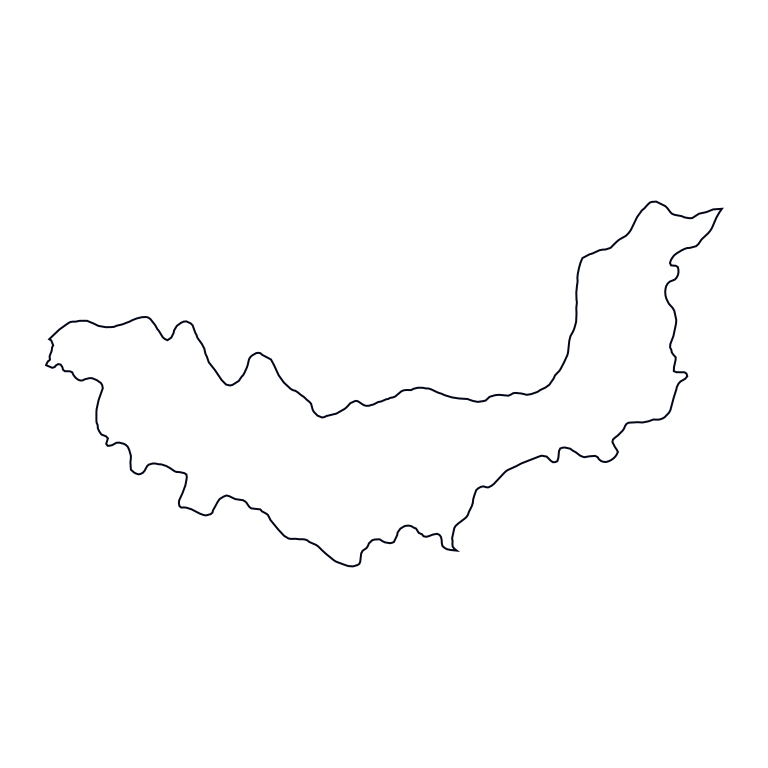 VII-1 Cuyuni, Cuyuni-Mazaruni, Guyana (Natural Earth projection), rotated 180°
{"feature_id": "73187651B99697298922199", "entity_name": "VII-1 Cuyuni", "entity_type": "district", "adm_level": 2, "iso_a3": "GUY", "parent_name": "Guyana", "parent_adm1": "Cuyuni-Mazaruni", "projection": "natural_earth1", "projection_center": [-59.979, 6.583], "detail": "fine", "context": "isolated", "style": "outline", "palette": "ink", "viewbox_px": 768, "rotation_deg": 180, "n_neighbors": 0, "source": "geoboundaries", "source_scale": "gbopen_adm2", "svg_char_len": 6101}
<svg xmlns="http://www.w3.org/2000/svg" viewBox="0 0 768 768"><g transform="rotate(180 384 384)"><path d="M668.8,336.7L666.6,333.5L662.0,331.7L660.1,329.7L661.8,324.1L660.4,322.2L658.3,322.3L656.0,322.8L651.6,325.2L649.0,325.4L644.1,324.2L641.8,322.8L640.1,321.0L638.7,317.8L637.1,312.2L637.2,308.8L637.6,305.8L637.1,298.3L633.8,295.4L631.8,294.4L629.6,293.7L627.6,294.0L625.2,295.2L623.5,297.1L621.0,301.7L619.4,303.3L615.4,304.5L612.6,304.5L609.8,303.8L606.6,303.6L601.7,302.0L597.8,299.8L593.3,296.7L591.2,296.0L588.5,295.9L583.7,294.9L581.6,293.5L581.2,291.0L581.5,288.5L582.6,282.7L585.4,275.1L588.9,267.4L589.1,264.6L588.5,261.8L586.6,260.4L584.1,260.6L581.5,260.3L576.5,258.7L568.2,254.4L564.1,252.9L562.0,252.6L557.5,253.8L555.6,255.3L555.0,257.6L550.1,266.5L548.3,269.0L544.4,271.4L541.6,272.5L539.0,271.9L532.7,268.9L525.1,267.8L523.2,266.8L521.6,265.4L518.8,261.2L516.7,259.6L507.7,258.6L506.1,256.7L502.0,254.5L500.1,253.1L497.4,247.8L489.5,238.2L483.9,232.2L479.5,229.5L477.1,229.1L472.4,229.2L468.1,228.7L466.1,228.8L463.5,228.6L461.1,227.9L458.6,226.0L452.0,223.1L449.7,221.5L445.8,217.6L441.6,213.8L434.1,207.7L431.6,206.2L421.8,202.6L419.3,201.9L415.1,201.6L410.6,202.9L408.7,204.1L407.8,206.2L406.8,214.6L405.3,217.3L401.5,219.9L400.0,222.2L399.1,224.6L395.7,227.8L393.2,228.5L388.3,228.7L385.8,227.0L383.2,225.7L378.0,224.8L376.0,225.2L374.1,226.0L370.8,232.9L370.4,235.5L367.6,239.4L363.2,242.0L361.1,242.3L358.6,242.3L356.6,241.8L354.2,240.3L352.0,239.5L349.2,235.1L346.0,233.7L344.5,231.8L342.0,231.2L339.6,231.7L335.2,233.4L330.9,234.2L328.4,233.0L327.0,231.0L326.3,227.8L326.2,224.8L325.5,221.9L323.5,220.2L321.1,218.8L317.1,218.0L311.3,217.4L313.6,219.2L315.3,221.3L315.6,224.1L315.4,226.9L315.9,229.7L313.7,239.9L312.4,242.1L309.9,244.4L303.4,249.3L301.5,251.0L300.0,253.3L299.2,255.9L296.2,261.9L295.2,265.1L294.8,268.6L293.8,272.2L291.8,277.8L289.9,279.6L287.0,281.2L284.3,281.6L282.1,280.8L279.8,280.6L276.6,282.1L274.1,284.1L263.8,295.1L261.9,296.9L259.8,298.2L251.8,301.8L246.6,304.6L228.4,311.7L226.2,312.3L221.3,311.4L217.2,307.2L215.1,305.8L212.8,305.9L210.7,306.8L209.6,310.2L209.0,316.9L207.8,319.5L205.5,320.3L203.2,320.5L197.8,319.3L195.1,317.3L192.2,315.7L187.9,312.4L185.7,311.4L183.6,310.8L178.5,311.7L172.9,312.1L170.4,310.9L169.1,308.8L166.8,306.9L164.6,306.2L162.0,306.0L159.5,306.7L156.9,307.9L154.4,309.7L152.7,311.4L151.3,313.4L150.1,316.1L151.3,318.4L153.1,321.0L155.6,326.0L155.0,328.5L152.5,330.8L150.4,332.3L145.4,337.3L143.9,339.5L143.0,341.9L141.5,344.1L139.4,345.3L130.3,345.8L125.5,345.5L119.5,346.7L114.5,348.5L109.9,348.3L107.4,348.8L105.3,349.6L103.3,350.8L98.9,355.4L97.6,357.9L94.2,370.6L91.7,378.5L91.1,381.1L89.4,384.5L87.5,386.5L82.8,389.2L80.7,391.8L81.6,394.5L83.5,395.7L91.7,395.8L94.2,396.9L94.0,400.8L92.4,408.1L92.3,410.7L94.3,412.9L96.2,415.5L96.7,418.2L97.9,420.5L97.7,423.8L94.6,431.9L92.0,444.2L91.7,447.9L93.7,457.2L95.4,460.1L99.1,464.2L101.5,469.0L102.5,472.4L102.8,476.3L102.5,479.0L101.9,481.7L100.4,484.4L98.4,486.3L93.2,488.4L91.5,490.2L90.0,493.1L89.5,495.9L89.6,498.5L90.2,501.0L92.2,502.2L96.9,502.6L98.0,504.9L97.3,507.4L96.0,509.8L94.0,512.5L91.4,514.6L86.3,517.7L83.4,519.1L80.7,520.0L78.2,520.1L71.9,521.8L69.5,524.0L66.4,528.6L59.6,535.0L57.9,537.1L56.5,539.2L55.3,541.7L51.6,550.4L48.7,555.5L46.1,559.2L54.8,558.6L61.6,555.9L69.0,554.3L75.8,549.9L78.9,549.8L83.4,550.6L86.5,551.9L93.1,553.1L95.6,554.0L97.3,555.4L100.5,559.7L102.7,561.9L111.8,566.4L116.2,566.1L118.1,565.4L120.0,563.7L123.7,559.6L126.1,557.6L130.8,551.1L137.2,537.9L139.4,534.9L141.9,532.3L148.9,528.3L151.7,525.9L157.5,520.1L162.5,518.5L165.2,518.4L168.4,517.8L175.6,514.5L178.4,513.7L185.6,509.9L187.6,505.0L189.0,500.0L190.2,494.1L190.6,490.5L190.4,486.4L191.0,482.6L191.7,475.4L191.5,468.5L191.1,465.6L191.7,460.1L191.5,453.7L191.9,446.0L193.7,439.5L194.9,436.6L197.6,431.7L198.7,427.3L199.9,416.0L200.5,413.2L204.1,405.3L207.3,399.2L208.5,397.3L213.0,392.6L214.3,389.6L218.7,383.2L222.8,380.3L227.5,378.1L230.5,376.1L236.8,373.9L239.2,373.5L241.3,373.2L246.6,374.5L252.7,375.1L254.8,374.8L257.3,373.3L259.7,372.3L269.1,373.2L272.9,372.8L278.4,371.2L282.3,367.5L284.6,366.9L290.3,366.1L295.2,367.1L300.6,369.0L308.8,369.5L316.0,370.6L323.6,372.9L326.0,374.1L330.0,375.4L337.0,378.7L339.5,379.5L342.4,379.6L345.0,380.2L349.9,380.3L354.5,379.2L356.8,377.9L361.5,378.0L364.2,377.7L366.5,376.8L372.8,371.5L375.4,370.5L377.7,370.2L379.7,369.1L381.8,368.7L386.9,366.5L389.8,366.0L394.1,363.7L399.4,362.2L401.9,362.2L404.3,362.9L410.2,366.8L412.6,367.1L417.7,364.8L421.1,361.0L423.2,359.2L431.6,354.4L441.5,352.0L443.7,350.9L445.9,350.5L450.5,352.4L454.2,356.2L455.3,358.2L456.9,364.2L458.5,366.1L460.7,367.8L464.4,371.3L466.5,372.6L470.7,376.0L472.7,377.2L475.2,377.9L477.3,379.1L484.1,385.4L489.3,392.7L494.0,402.9L497.0,408.5L505.7,413.1L507.6,414.8L509.7,415.2L511.8,414.9L515.8,412.6L517.6,411.0L519.0,408.7L520.2,403.4L521.0,400.8L523.3,395.7L524.6,393.2L526.5,391.1L529.2,387.1L535.5,383.1L538.0,382.5L542.0,383.5L546.4,388.0L552.9,397.7L559.2,405.7L561.2,411.5L562.5,414.0L563.7,419.4L566.1,424.0L570.5,430.1L571.5,433.0L572.7,435.2L575.4,442.7L577.3,444.6L581.6,446.6L584.3,446.4L586.8,445.3L591.2,442.1L593.9,437.6L594.4,435.0L596.7,430.4L600.5,427.8L603.2,429.0L605.2,430.7L609.0,436.9L610.6,438.9L613.0,443.1L617.5,448.8L619.5,450.3L621.6,451.0L626.2,450.8L631.4,449.5L636.0,447.7L637.9,446.6L645.7,443.6L651.3,442.3L653.8,441.2L656.7,440.9L662.1,440.8L669.6,442.1L674.0,444.3L681.0,447.2L688.2,447.2L692.7,446.3L695.7,446.3L697.8,445.9L699.8,444.8L708.5,438.6L718.8,428.8L716.8,427.6L714.8,422.7L715.8,420.9L716.4,416.9L718.2,412.4L718.4,410.8L718.0,408.7L718.4,407.8L719.8,406.9L721.2,404.7L721.9,402.8L715.7,400.2L713.3,401.0L711.9,402.7L709.8,403.9L707.3,403.4L705.7,401.0L704.9,398.2L703.2,396.8L698.1,396.7L695.8,395.7L694.7,393.3L693.4,391.4L691.7,389.6L689.5,388.1L687.6,387.5L685.3,387.6L683.3,388.7L678.3,389.9L675.8,389.8L671.3,387.9L667.1,385.0L665.8,382.8L665.2,379.8L669.4,367.9L671.4,358.7L671.6,355.7L671.6,347.7L671.4,345.3L670.4,343.1L670.1,339.5L668.8,336.7Z" fill="none" stroke="#020617" stroke-width="2"/></g></svg>